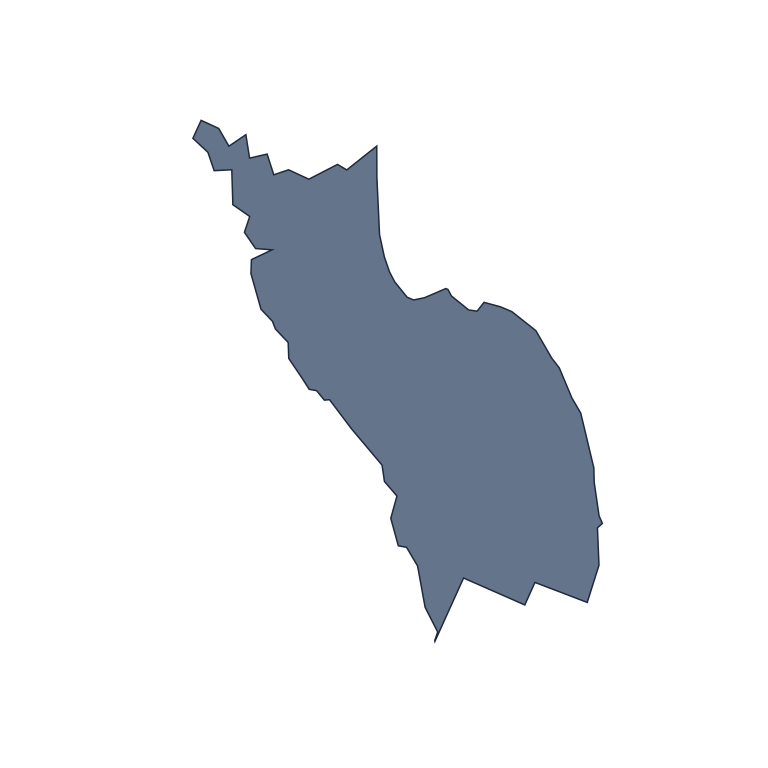 Santa Cruz, California, United States of America (Equal Earth projection), rotated 204°
{"feature_id": "52423323B68447963014117", "entity_name": "Santa Cruz", "entity_type": "district", "adm_level": 2, "iso_a3": "USA", "parent_name": "United States of America", "parent_adm1": "California", "projection": "equal_earth", "projection_center": [-121.926, 37.068], "detail": "fine", "context": "isolated", "style": "filled", "palette": "slate", "viewbox_px": 768, "rotation_deg": 204, "n_neighbors": 0, "source": "geoboundaries", "source_scale": "gbopen_adm2", "svg_char_len": 1107}
<svg xmlns="http://www.w3.org/2000/svg" viewBox="0 0 768 768"><g transform="rotate(204 384 384)"><path d="M658.3,550.5L658.5,530.7L639.1,524.0L625.9,509.8L610.2,517.8L595.0,486.3L574.8,482.4L573.2,465.8L556.4,455.5L540.9,461.0L555.7,443.7L550.5,430.8L526.8,402.3L511.4,395.9L505.6,390.1L488.4,382.9L481.4,368.6L460.6,355.6L450.1,348.7L442.9,350.5L431.9,345.0L427.4,347.5L395.2,329.7L352.8,309.1L343.9,295.1L326.6,286.9L323.2,264.1L305.1,242.0L297.0,244.0L279.3,231.4L255.6,196.7L234.1,179.3L233.3,170.3L232.8,169.6L232.4,239.1L165.5,239.4L165.4,264.1L109.5,267.1L113.9,305.9L130.5,339.4L127.8,345.5L133.8,350.9L152.0,379.7L158.1,392.6L192.4,437.4L206.7,447.7L230.4,470.0L241.2,475.8L267.0,494.5L294.6,501.6L296.5,502.1L308.7,501.9L325.8,499.3L328.6,488.4L336.8,486.1L358.1,491.8L364.1,496.4L366.4,496.3L382.1,479.3L391.2,472.8L398.2,472.7L415.8,481.7L424.6,488.7L435.4,500.3L448.8,518.6L474.6,570.0L487.4,598.4L505.1,564.4L515.8,565.7L536.0,540.5L558.3,540.9L569.8,530.3L584.3,546.5L598.7,535.7L611.6,555.6L622.4,538.2L638.9,550.2L658.3,550.5Z" fill="#64748b" stroke="#1e293b" stroke-width="1.5"/></g></svg>